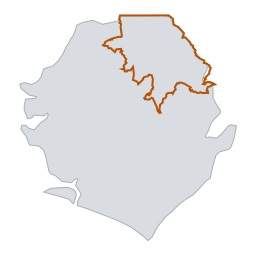 location of Koinadugu, Northern, Sierra Leone
{"feature_id": "65957751B98964407864499", "entity_name": "Koinadugu", "entity_type": "district", "adm_level": 2, "iso_a3": "SLE", "parent_name": "Sierra Leone", "parent_adm1": "Northern", "projection": "albers", "projection_center": [-11.318, 9.329], "detail": "medium", "context": "in_parent", "style": "outline", "palette": "amber", "viewbox_px": 256, "rotation_deg": 0, "n_neighbors": 0, "source": "geoboundaries", "source_scale": "gbopen_adm2", "svg_char_len": 3244}
<svg xmlns="http://www.w3.org/2000/svg" viewBox="0 0 256 256"><path d="M236.3,125.6L236.1,127.8L234.1,138.3L230.9,147.2L228.7,149.4L219.6,151.8L215.7,155.8L212.3,168.5L210.2,178.5L207.0,180.2L193.5,194.6L184.7,200.1L178.6,204.8L172.7,210.9L165.4,216.9L157.5,226.9L151.9,237.4L148.0,240.6L145.1,237.7L131.7,227.4L117.5,220.4L87.4,208.8L77.3,205.6L77.7,201.5L81.2,194.0L75.6,185.2L77.8,178.9L75.6,178.8L71.3,182.7L62.1,181.5L56.0,176.0L51.1,174.0L48.9,171.2L45.8,156.7L43.5,150.2L38.9,146.1L29.7,145.0L25.9,136.2L20.9,129.3L21.7,125.1L25.9,125.4L29.1,128.5L34.4,129.8L41.0,122.4L46.8,118.4L48.2,114.9L47.5,113.0L43.9,115.9L34.2,115.1L31.8,117.8L27.5,118.6L24.2,110.0L24.3,104.8L25.8,99.2L35.6,98.3L36.4,96.5L29.6,95.3L21.2,88.7L19.7,84.2L23.9,82.7L27.9,83.4L31.4,84.4L35.2,82.8L38.7,80.3L40.9,77.2L43.8,68.7L53.0,65.9L58.4,60.7L63.6,52.7L65.9,47.0L68.1,44.2L69.4,41.8L70.4,39.1L72.7,36.6L75.1,30.7L76.8,25.2L82.1,22.6L92.9,20.3L102.6,24.3L118.3,20.9L119.2,15.8L133.6,15.7L150.7,15.6L164.9,15.6L169.8,16.9L171.6,20.7L176.3,26.7L181.2,30.9L187.2,39.9L194.3,50.5L202.0,60.1L206.9,65.2L207.4,67.0L207.1,69.1L204.7,74.0L202.6,79.2L202.8,81.2L204.3,82.2L212.3,83.8L213.0,89.7L213.0,97.8L216.9,105.3L220.6,110.9L220.4,112.8L211.4,122.4L207.9,131.8L206.1,134.4L205.4,136.6L207.2,137.5L209.7,136.9L213.2,137.7L216.6,138.0L221.0,134.6L228.3,125.9L230.8,124.8L236.3,125.6ZM74.4,201.9L73.4,203.8L68.6,199.1L43.7,192.0L50.8,188.3L68.0,187.3L73.2,189.5L75.4,191.3L76.3,194.7L74.4,201.9Z" fill="#d9dde1" stroke="#a8b0b8" stroke-width="1"/><path d="M211.8,85.1L215.0,84.4L214.2,83.8L210.2,82.1L207.6,81.9L205.8,82.7L205.1,84.3L203.0,84.1L204.2,82.4L204.5,79.9L205.6,79.3L204.8,78.3L205.5,78.3L206.3,76.5L209.4,73.6L209.2,72.0L210.8,68.0L209.3,66.8L209.6,65.6L206.2,63.3L203.9,63.0L204.4,60.6L199.9,58.6L195.8,55.4L195.7,53.5L194.7,52.1L195.7,50.5L193.1,47.5L193.2,45.8L191.1,44.6L190.1,42.3L185.4,37.4L182.5,37.7L183.9,33.2L178.3,26.9L173.5,24.7L172.9,18.7L168.7,15.4L120.1,15.5L119.3,19.3L120.5,21.4L119.5,22.8L121.0,23.8L120.6,27.4L121.9,36.1L121.2,37.0L119.0,36.8L114.4,37.9L112.3,38.6L112.3,39.4L110.8,39.1L110.5,40.0L109.7,39.7L106.4,41.2L105.0,42.4L104.5,44.2L103.0,45.1L104.0,45.8L107.7,46.0L108.6,48.3L110.7,48.1L114.9,52.1L116.4,49.3L121.0,48.9L120.7,50.7L121.2,50.2L122.3,51.1L121.4,52.6L121.9,54.1L124.2,55.6L124.2,56.7L126.2,59.2L125.3,61.9L126.5,62.9L123.6,65.6L124.4,68.7L122.4,69.1L124.2,69.7L124.8,71.4L127.0,71.4L127.3,70.4L130.6,70.3L133.0,66.9L133.9,74.1L133.0,79.9L136.5,81.3L137.7,82.4L138.2,84.2L143.1,79.4L142.9,78.7L144.2,77.1L147.9,76.1L149.0,74.6L151.7,75.3L152.9,79.0L152.3,85.6L153.2,87.1L152.7,89.2L151.7,89.3L150.4,93.9L149.6,93.3L149.1,95.2L148.1,94.8L148.0,93.8L147.2,94.1L145.7,95.9L144.9,98.4L144.4,98.4L144.8,99.1L149.0,99.7L151.6,97.8L152.8,98.2L156.9,107.3L157.5,110.7L159.4,113.0L160.7,112.7L159.4,109.9L160.2,104.5L162.6,102.6L163.2,98.7L165.2,98.2L166.4,96.2L166.2,94.8L167.5,93.2L172.0,92.7L172.8,93.8L174.2,90.8L175.7,89.7L174.9,87.0L177.1,83.2L178.7,83.6L179.3,82.6L180.6,82.5L184.3,83.7L190.8,87.5L189.5,89.1L190.9,91.2L192.0,90.0L193.6,92.0L195.3,91.6L196.4,92.7L198.6,93.0L200.4,92.2L202.2,93.0L208.1,92.9L207.7,90.8L206.6,90.6L207.8,87.0L210.4,86.3L211.8,85.1Z" fill="none" stroke="#b45309" stroke-width="2"/></svg>